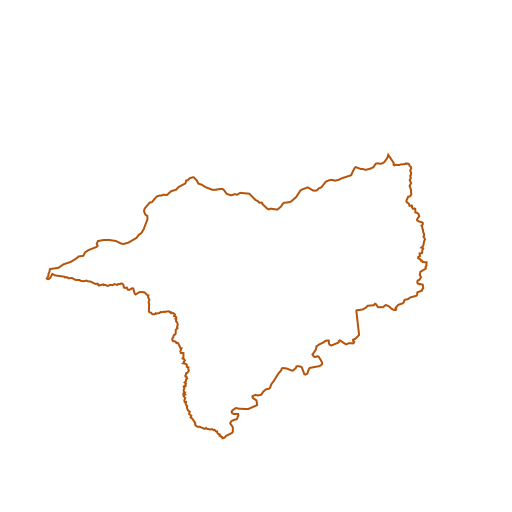 the district of Garzón, Huila, Colombia, rotated 220°
{"feature_id": "7082276B84511387855625", "entity_name": "Garzón", "entity_type": "district", "adm_level": 2, "iso_a3": "COL", "parent_name": "Colombia", "parent_adm1": "Huila", "projection": "natural_earth1", "projection_center": [-75.581, 2.163], "detail": "fine", "context": "isolated", "style": "outline", "palette": "amber", "viewbox_px": 512, "rotation_deg": 220, "n_neighbors": 0, "source": "geoboundaries", "source_scale": "gbopen_adm2", "svg_char_len": 6127}
<svg xmlns="http://www.w3.org/2000/svg" viewBox="0 0 512 512"><g transform="rotate(220 256 256)"><path d="M371.8,220.9L370.7,218.4L367.3,216.6L364.9,216.8L362.8,214.4L359.2,204.2L358.7,200.8L358.6,199.4L359.4,197.2L359.2,193.0L362.4,184.1L365.1,180.2L367.3,178.8L373.0,177.4L379.1,173.7L383.3,170.0L386.7,165.8L385.8,162.9L383.9,162.1L384.0,160.4L388.1,152.9L389.3,148.9L388.4,145.2L391.5,141.7L392.3,137.8L394.2,132.2L398.1,125.9L399.7,120.1L405.4,113.5L403.9,110.7L403.6,109.1L402.4,107.6L401.7,104.2L400.3,104.6L399.8,105.5L399.7,108.0L400.5,111.3L397.3,112.1L389.4,117.0L388.4,116.8L387.4,118.2L385.2,118.5L382.9,120.8L378.8,121.7L375.7,124.2L374.7,124.1L372.0,125.7L370.0,128.2L368.3,128.7L366.3,130.1L361.1,131.3L359.6,132.9L358.4,133.0L358.0,132.3L357.3,132.4L354.8,136.0L354.0,135.8L353.5,136.7L350.2,137.8L349.2,140.1L347.1,141.5L346.3,143.5L343.7,144.6L343.7,145.7L342.0,147.2L341.7,148.3L340.5,148.9L339.0,148.6L337.0,147.0L335.7,147.4L334.7,148.8L332.6,147.8L331.3,148.5L330.1,151.8L329.1,152.2L324.8,149.2L323.5,149.2L322.1,153.4L319.7,155.5L317.9,156.5L313.7,156.2L313.1,156.6L312.2,155.1L309.6,154.0L308.3,151.2L307.2,150.8L302.5,144.8L301.5,144.4L299.8,145.1L298.1,144.8L297.1,145.3L296.1,146.6L296.1,147.7L295.3,147.8L293.3,150.2L293.1,151.8L292.2,152.1L290.7,154.2L289.7,154.5L289.3,155.5L287.1,157.7L286.1,157.5L285.3,158.3L284.3,157.6L282.7,159.1L280.5,159.1L280.1,157.4L278.4,158.0L277.5,157.6L277.1,156.9L277.2,156.3L276.6,156.5L275.3,154.6L273.8,154.5L272.6,153.7L271.6,152.8L270.9,150.8L269.8,150.4L270.0,147.9L267.6,144.8L267.5,143.8L268.0,143.2L267.8,141.6L267.1,140.6L267.1,139.1L266.1,137.8L264.5,137.5L263.5,138.4L262.1,138.7L260.9,138.1L260.0,139.1L259.3,139.1L254.5,136.8L253.7,137.4L252.7,134.4L251.3,133.4L249.2,135.0L246.6,131.9L246.3,130.3L244.9,130.8L243.3,130.2L243.4,128.7L242.6,128.2L242.8,127.0L240.3,128.3L238.9,128.1L237.9,126.6L236.1,127.3L235.4,126.0L233.8,125.0L233.5,122.6L234.2,121.4L233.4,120.1L233.3,119.0L232.7,118.4L231.6,118.8L231.2,118.2L230.1,118.0L230.1,116.1L229.2,115.2L229.4,113.2L227.6,113.3L227.3,112.0L226.4,111.1L227.4,110.4L227.4,109.3L225.9,108.9L225.4,106.9L224.0,105.7L222.6,105.9L222.5,105.0L223.2,104.0L223.0,103.6L221.3,104.2L221.6,102.2L218.9,101.6L218.2,99.5L217.2,98.5L216.8,98.4L215.9,99.3L215.0,97.6L212.9,96.6L212.2,96.8L211.4,95.3L208.5,93.9L206.7,94.2L205.8,92.0L202.8,92.0L202.3,90.2L200.5,90.5L196.8,89.5L195.2,89.0L194.7,88.1L193.2,87.3L190.9,87.7L189.3,89.0L184.4,90.5L183.7,92.1L183.0,91.9L179.6,93.6L178.5,95.1L176.6,95.3L176.1,96.2L174.0,95.9L173.1,96.6L171.8,95.6L170.7,95.4L169.0,96.0L168.3,94.8L167.5,95.4L166.2,95.1L165.6,95.5L164.5,94.8L163.3,96.8L163.3,98.9L160.6,105.2L160.9,106.6L163.8,110.0L168.1,111.1L168.7,112.9L168.5,114.2L167.3,116.7L165.8,118.6L167.1,122.7L168.1,123.5L171.6,120.6L173.3,120.3L174.5,120.9L174.9,122.6L173.6,126.7L171.0,128.0L163.7,133.6L159.3,142.5L162.8,145.7L167.0,145.2L168.1,145.7L168.6,146.5L167.1,149.3L164.8,150.5L162.8,153.2L163.2,156.2L163.0,158.6L162.4,160.8L161.0,162.3L160.5,163.7L161.9,168.1L162.0,171.2L163.3,180.4L163.2,184.5L163.9,186.3L163.6,187.3L160.3,189.5L154.8,191.3L154.0,192.0L153.5,195.9L154.0,197.4L153.0,198.7L150.3,200.1L149.3,200.1L142.9,196.5L142.0,196.9L141.2,198.4L141.2,199.2L142.5,202.5L142.9,204.8L136.7,212.3L135.9,214.7L135.9,215.8L136.8,216.8L138.8,217.7L143.1,219.1L144.5,218.8L145.5,216.9L146.8,216.1L149.4,216.8L150.0,222.8L151.6,225.7L150.6,229.2L148.7,233.4L148.4,235.4L146.3,237.9L145.7,237.9L144.1,236.0L142.8,235.4L140.7,235.9L137.1,243.0L137.9,243.9L137.5,245.3L130.3,246.1L128.7,249.0L125.2,251.7L125.6,253.4L127.1,253.4L127.9,254.4L126.6,256.4L126.3,261.8L143.9,278.5L143.9,279.2L139.8,283.7L138.6,287.3L138.5,289.6L134.2,293.9L134.1,296.0L133.4,296.2L129.6,295.2L125.8,298.4L125.1,301.9L122.0,302.9L118.4,302.7L116.0,303.2L114.2,304.5L114.7,305.7L115.4,305.6L115.7,306.1L115.6,310.1L113.1,314.2L113.1,315.7L113.9,317.4L113.7,318.3L111.9,320.5L111.2,323.4L107.6,328.6L107.7,329.9L109.0,331.9L106.6,336.2L107.2,337.0L107.2,338.8L109.8,341.2L111.8,340.3L112.6,339.3L113.3,339.5L114.1,338.9L115.4,339.3L116.4,341.1L115.5,342.8L115.9,345.8L118.4,346.8L119.9,349.6L117.9,355.3L118.1,355.9L119.1,356.6L119.2,358.3L120.1,359.0L121.2,360.8L124.5,358.5L126.0,359.1L126.7,358.4L127.8,359.1L130.5,358.6L131.1,359.7L130.3,361.4L132.3,363.1L130.7,364.9L132.6,367.9L132.6,369.1L133.5,369.4L134.7,368.8L134.4,371.2L136.8,375.6L137.2,377.4L140.1,378.5L140.4,379.8L141.3,380.8L143.9,382.2L145.2,383.7L146.1,383.8L147.3,385.2L148.7,385.6L148.6,387.4L149.4,388.5L150.4,388.6L153.3,387.2L155.5,386.9L156.1,387.5L156.4,389.1L156.4,391.3L158.5,392.6L160.4,392.6L161.9,391.8L164.3,394.5L165.1,394.4L165.6,393.4L166.3,393.0L167.9,393.6L168.6,394.7L169.3,394.7L170.6,393.1L172.6,394.3L175.3,394.2L176.4,395.0L177.5,399.3L176.3,400.9L176.8,403.4L178.5,404.7L179.5,406.2L183.3,408.3L184.1,411.6L187.0,412.9L187.5,415.3L189.3,416.3L189.5,417.7L190.7,419.5L192.8,420.5L193.4,422.8L194.4,423.7L196.5,423.9L197.7,424.7L199.2,424.4L199.8,423.4L200.7,423.3L200.9,422.3L202.0,421.0L203.8,419.5L204.6,417.9L208.0,415.3L208.4,414.3L209.3,414.3L210.4,415.8L219.7,418.5L218.4,415.4L218.1,410.1L218.5,408.8L219.5,407.0L222.1,405.4L223.6,403.7L223.1,399.4L225.1,395.5L227.6,392.3L229.9,391.4L231.7,390.0L236.7,388.2L237.0,387.2L236.3,383.3L235.0,379.1L240.6,370.1L241.3,368.0L244.0,364.3L245.8,363.7L248.0,362.1L250.3,357.9L250.1,350.5L251.4,348.0L251.5,345.8L252.2,344.5L254.2,342.9L260.5,341.8L263.5,336.5L264.1,334.7L263.1,327.0L264.2,320.2L265.1,318.6L268.8,314.7L269.1,313.0L268.6,309.9L269.5,305.2L275.1,301.8L276.1,300.0L277.7,299.5L284.4,299.9L285.3,300.6L286.2,300.4L287.7,299.0L288.4,298.9L289.3,299.3L292.4,298.6L301.2,299.4L308.7,294.2L309.9,290.7L312.0,289.8L313.6,287.0L315.0,286.0L318.5,284.8L322.9,285.9L324.7,285.8L326.1,284.8L330.1,280.1L332.2,278.6L339.0,276.3L343.5,275.7L346.7,274.4L349.8,275.8L354.1,276.3L354.8,275.9L356.7,273.2L357.0,270.2L358.0,268.8L356.9,266.8L356.9,265.8L359.4,259.8L359.8,258.2L359.7,255.6L362.7,251.0L363.4,245.6L366.6,243.1L367.4,241.4L368.5,240.6L370.3,237.8L370.4,230.3L371.8,228.5L371.8,220.9Z" fill="none" stroke="#b45309" stroke-width="2"/></g></svg>